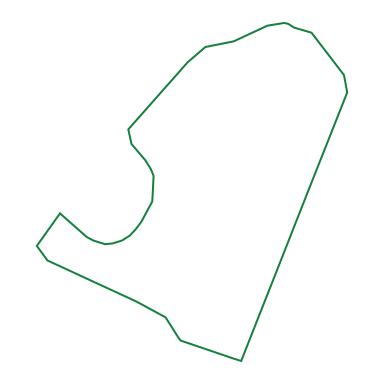 SVG path tracing the border of Masaya
{"feature_id": "NIC-660", "entity_name": "Masaya", "entity_type": "Department", "adm_level": 1, "iso_a3": "NIC", "parent_name": "Nicaragua", "parent_adm1": "", "projection": "natural_earth1", "projection_center": [-86.121, 12.004], "detail": "fine", "context": "isolated", "style": "outline", "palette": "green", "viewbox_px": 384, "rotation_deg": 0, "n_neighbors": 0, "source": "natural_earth", "source_scale": "10m", "svg_char_len": 578}
<svg xmlns="http://www.w3.org/2000/svg" viewBox="0 0 384 384"><path d="M311.5,32.7L344.0,75.1L347.2,92.5L307.7,192.2L272.6,281.4L269.2,290.0L259.9,313.5L241.2,361.0L232.7,358.3L180.7,340.6L178.5,337.8L165.6,317.4L136.9,301.8L47.5,260.5L36.8,245.9L60.0,213.4L86.7,237.0L93.5,240.6L105.1,244.2L112.8,243.4L122.0,240.5L129.8,235.6L135.8,229.2L141.4,221.7L152.3,201.4L153.6,175.9L150.9,169.2L145.6,160.6L131.5,144.0L128.3,129.4L187.7,62.2L205.4,47.0L233.8,41.3L267.3,25.7L283.9,23.0L287.0,23.5L288.8,24.2L294.1,27.6L311.5,32.7Z" fill="none" stroke="#15803d" stroke-width="2"/></svg>